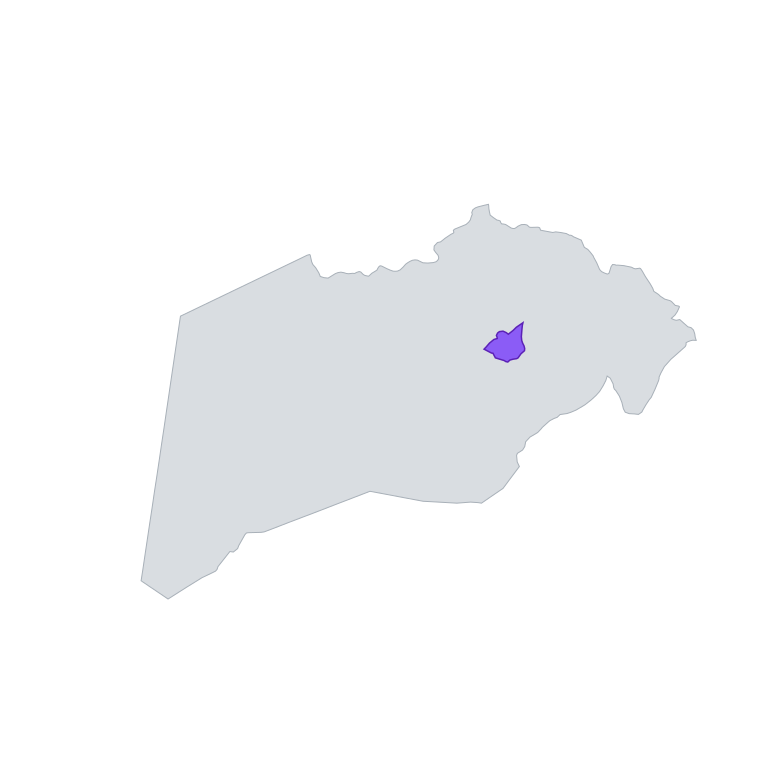 Abtouyour, Guéra, Chad shown in context, rotated 245°
{"feature_id": "50815135B86536624745263", "entity_name": "Abtouyour", "entity_type": "district", "adm_level": 2, "iso_a3": "TCD", "parent_name": "Chad", "parent_adm1": "Guéra", "projection": "equal_earth", "projection_center": [18.122, 12.013], "detail": "fine", "context": "in_parent", "style": "filled", "palette": "violet", "viewbox_px": 768, "rotation_deg": 245, "n_neighbors": 0, "source": "geoboundaries", "source_scale": "gbopen_adm2", "svg_char_len": 4199}
<svg xmlns="http://www.w3.org/2000/svg" viewBox="0 0 768 768"><g transform="rotate(245 384 384)"><path d="M531.5,228.2L531.7,244.9L531.9,261.8L532.1,278.6L532.3,295.5L532.5,312.3L532.7,329.2L532.9,346.2L533.1,363.1L533.2,368.7L532.8,371.0L532.7,371.3L532.1,371.6L525.4,370.1L522.4,370.0L518.3,371.2L512.3,371.9L508.4,371.7L505.7,374.6L503.6,378.1L504.6,386.6L504.4,389.3L503.6,392.2L501.8,394.7L500.0,396.7L498.9,398.5L497.6,402.3L496.6,404.1L496.7,406.5L496.4,409.0L495.3,410.3L492.4,411.3L490.6,412.4L489.2,414.2L488.2,415.6L488.7,417.3L489.5,419.7L489.9,423.5L490.2,425.7L491.6,427.5L492.4,428.8L492.8,430.4L491.9,431.7L488.5,434.4L487.1,435.5L485.6,436.9L484.9,437.4L482.4,440.0L481.2,442.3L480.6,444.2L480.6,446.9L481.9,450.8L483.4,454.2L483.9,456.8L484.2,459.5L484.1,462.2L483.4,464.5L482.2,466.6L477.4,470.5L475.1,474.8L473.2,480.0L472.8,482.8L473.3,484.7L474.3,486.3L475.7,487.1L477.8,487.4L481.2,486.5L484.4,485.9L487.8,487.8L489.6,492.2L488.9,495.4L490.3,501.1L491.4,508.1L491.4,510.5L491.9,511.4L494.0,511.8L494.5,513.5L493.9,525.8L494.9,529.2L496.3,531.7L497.9,533.0L499.5,534.6L500.4,535.7L502.3,536.0L504.4,538.2L505.0,541.2L504.8,544.1L503.6,550.4L502.7,554.6L501.5,554.3L499.0,553.3L495.9,552.4L492.2,551.6L488.7,553.4L484.9,555.6L483.7,557.2L482.6,558.2L480.9,558.0L479.4,558.3L478.5,559.9L477.2,561.6L471.6,565.2L470.5,566.5L469.8,567.8L469.8,569.3L470.4,572.2L470.4,575.8L469.2,578.8L467.7,580.8L466.1,581.5L464.8,582.0L463.9,583.2L461.0,589.9L459.8,591.1L457.2,590.9L450.0,601.0L449.3,603.9L446.6,608.2L443.3,612.8L440.3,615.1L440.0,616.0L439.2,616.9L437.4,617.9L431.0,623.6L423.2,623.3L419.8,625.6L416.5,626.6L411.7,627.7L410.2,627.6L404.0,628.0L396.7,627.8L393.9,628.7L391.3,630.8L389.4,632.7L389.1,633.4L389.4,634.2L389.3,634.8L394.4,639.4L395.7,641.7L394.4,643.9L393.8,644.3L393.7,644.4L392.9,646.2L389.9,651.4L385.3,657.6L383.0,659.4L382.1,660.6L380.9,664.7L380.1,665.3L377.0,665.8L370.8,666.3L362.2,667.6L357.1,668.0L353.9,667.7L349.4,670.5L347.8,671.2L346.8,671.5L342.3,674.3L338.6,678.5L337.3,679.4L332.1,681.2L330.0,684.1L329.1,684.4L325.7,680.5L323.5,676.9L322.4,673.4L322.2,672.2L321.6,672.4L319.7,674.0L318.2,675.8L317.4,679.3L312.0,681.6L307.4,683.6L305.3,686.1L302.1,687.3L298.0,686.8L294.8,685.8L291.6,685.4L293.2,682.3L293.7,680.0L293.9,677.2L293.7,675.2L291.8,674.3L290.6,672.8L287.9,663.8L285.2,654.6L281.3,645.5L277.1,639.8L274.0,636.2L273.0,635.8L271.5,634.7L270.4,633.6L264.8,627.5L259.0,620.6L257.5,617.5L254.6,612.8L251.3,608.0L249.6,605.8L248.9,601.8L251.1,598.2L253.5,593.7L256.5,590.7L260.4,590.5L266.7,591.8L273.5,592.2L280.2,591.3L282.0,590.6L283.7,590.7L287.3,591.7L293.6,591.5L296.9,589.6L293.4,586.5L289.6,581.6L286.1,576.2L284.0,571.3L282.0,565.0L280.2,557.2L279.2,547.1L279.4,541.4L279.9,537.3L281.9,530.7L280.6,526.8L280.9,523.7L280.7,519.0L280.1,516.7L277.7,508.9L277.2,508.1L275.1,502.8L274.2,493.9L271.8,488.0L267.8,485.1L265.6,481.7L264.8,475.6L263.3,474.0L257.1,471.8L252.0,471.8L248.3,464.9L243.6,456.1L239.1,447.8L236.4,431.4L234.8,422.0L236.7,419.2L240.4,412.5L245.2,399.7L255.8,380.0L261.2,369.9L272.0,354.8L285.3,336.3L292.7,325.9L294.0,307.0L295.4,287.0L296.4,271.9L297.7,254.0L298.8,239.1L299.5,228.2L300.6,212.9L301.5,209.9L306.7,197.9L307.1,196.3L306.2,194.2L298.9,184.0L296.7,181.8L295.4,176.4L297.3,173.5L288.7,156.4L286.5,154.3L285.6,152.2L285.5,149.1L285.4,137.3L283.2,118.8L280.4,97.4L290.6,91.3L298.4,86.6L308.3,80.7L317.4,86.8L330.6,95.5L343.9,104.3L357.2,113.1L370.4,121.9L383.8,130.7L397.1,139.6L410.4,148.4L423.8,157.2L437.2,166.1L450.6,174.9L464.1,183.8L477.5,192.6L491.0,201.5L504.5,210.4L518.0,219.3L531.5,228.2Z" fill="#d9dde1" stroke="#a8b0b8" stroke-width="1"/><path d="M364.5,495.8L360.6,496.0L354.5,502.8L352.8,503.9L351.6,505.5L352.5,508.3L351.9,511.6L350.9,515.0L351.0,516.5L351.9,518.1L353.5,520.9L354.8,525.4L356.7,526.5L359.4,527.0L362.3,526.9L365.2,527.2L368.9,528.5L371.7,530.1L374.7,531.8L378.6,534.1L380.8,535.8L379.5,527.9L378.0,523.7L377.5,521.6L376.6,517.7L378.9,516.5L381.6,514.2L382.7,510.7L382.2,508.5L380.5,506.4L378.8,506.3L377.4,505.9L377.9,502.4L376.5,496.9L374.4,492.3L373.3,489.4L366.6,494.5L365.8,495.8L364.5,495.8L364.5,495.8Z" fill="#8b5cf6" stroke="#5b21b6" stroke-width="1.5"/></g></svg>